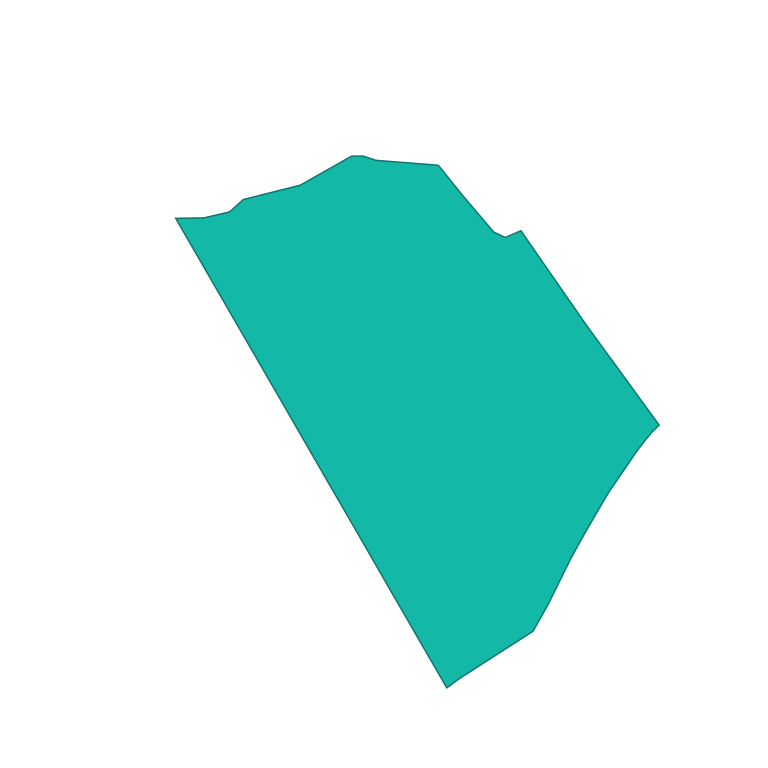 outline of Santa Ana del Valle, Oaxaca, Mexico, rotated 306°
{"feature_id": "50627088B45157986380633", "entity_name": "Santa Ana del Valle", "entity_type": "district", "adm_level": 2, "iso_a3": "MEX", "parent_name": "Mexico", "parent_adm1": "Oaxaca", "projection": "mercator", "projection_center": [-96.46, 17.017], "detail": "fine", "context": "isolated", "style": "filled", "palette": "teal", "viewbox_px": 768, "rotation_deg": 306, "n_neighbors": 0, "source": "geoboundaries", "source_scale": "gbopen_adm2", "svg_char_len": 831}
<svg xmlns="http://www.w3.org/2000/svg" viewBox="0 0 768 768"><g transform="rotate(306 384 384)"><path d="M395.6,118.1L354.9,209.5L307.5,316.1L268.7,403.1L247.4,451.1L222.7,506.3L190.4,578.9L175.1,613.4L190.1,618.2L239.8,637.5L268.8,648.8L271.6,649.9L301.0,646.5L319.9,643.3L354.0,637.5L354.9,637.4L375.3,634.9L379.3,634.4L406.2,631.6L428.4,629.5L432.0,629.4L478.1,628.0L491.8,628.4L503.6,629.2L512.5,630.8L518.2,613.0L526.9,586.3L535.1,561.0L540.5,544.1L541.6,540.7L549.1,517.6L550.4,513.8L551.6,510.1L559.3,488.2L559.9,486.4L560.0,486.1L562.8,478.1L564.8,472.4L568.0,463.3L569.4,459.2L581.3,425.1L588.5,404.7L573.8,396.0L571.4,383.5L583.2,335.0L592.9,299.4L560.1,245.8L556.1,233.0L549.2,223.8L495.7,199.4L450.5,161.7L433.2,158.1L431.0,156.7L412.5,140.6L395.6,118.1Z" fill="#14b8a6" stroke="#0f766e" stroke-width="1.5"/></g></svg>